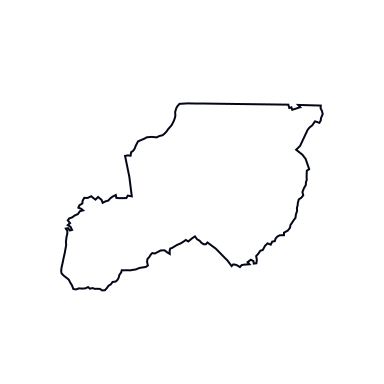 outline of Goioerê, Paraná, Brazil, rotated 342°
{"feature_id": "56859067B5093920016557", "entity_name": "Goioerê", "entity_type": "district", "adm_level": 2, "iso_a3": "BRA", "parent_name": "Brazil", "parent_adm1": "Paraná", "projection": "orthographic", "projection_center": [-53.086, -24.172], "detail": "fine", "context": "isolated", "style": "outline", "palette": "ink", "viewbox_px": 384, "rotation_deg": 342, "n_neighbors": 0, "source": "geoboundaries", "source_scale": "gbopen_adm2", "svg_char_len": 2792}
<svg xmlns="http://www.w3.org/2000/svg" viewBox="0 0 384 384"><g transform="rotate(342 192 192)"><path d="M48.2,240.4L49.0,243.7L49.2,247.6L51.5,248.8L54.7,248.7L57.9,250.0L60.9,250.7L63.8,250.3L65.0,252.4L67.6,252.6L69.7,254.1L71.7,254.7L74.5,255.7L76.1,257.8L78.8,258.5L81.3,257.1L83.6,255.4L86.3,254.7L88.7,253.0L91.8,253.6L94.2,252.4L95.8,250.8L97.4,248.3L99.8,246.6L101.0,244.7L103.2,245.5L106.3,246.4L108.9,247.4L111.8,247.8L114.6,248.3L118.2,248.0L121.4,248.4L124.8,249.0L127.3,248.3L127.7,244.4L129.0,241.9L131.5,240.5L133.3,238.9L135.3,237.8L137.7,239.0L141.4,238.4L144.2,237.9L147.9,239.0L149.8,241.8L151.7,244.0L152.5,241.1L153.8,239.1L156.0,239.0L158.1,238.5L161.4,237.7L165.2,237.4L169.2,236.4L171.3,235.7L173.2,237.9L177.4,236.2L181.1,235.1L182.2,238.5L184.2,240.7L185.1,242.9L186.8,245.2L189.0,246.0L191.1,244.8L197.1,253.2L200.2,259.4L203.1,265.3L204.4,267.7L206.8,274.7L208.9,273.6L211.7,275.1L214.4,278.2L216.6,276.9L219.2,277.2L224.3,278.5L223.2,275.9L227.1,274.6L229.1,276.8L228.6,279.2L231.2,279.7L232.7,276.6L233.2,272.8L236.1,271.1L238.8,269.0L241.4,269.0L244.9,265.7L248.0,264.2L250.6,266.4L252.9,264.0L255.6,264.3L257.2,262.0L259.5,260.7L262.2,260.3L266.1,261.5L266.9,259.1L271.2,258.3L274.1,256.3L275.4,253.9L278.1,251.8L280.3,250.0L282.4,248.6L283.9,245.4L286.1,242.5L286.9,239.5L288.2,237.6L289.4,234.9L291.3,232.0L294.3,231.2L296.8,229.5L297.0,226.2L299.5,223.1L302.4,220.5L303.4,217.9L305.0,215.7L305.6,213.2L306.6,210.4L307.8,207.2L310.5,206.5L310.3,195.7L308.5,190.6L304.1,184.0L309.0,181.6L321.2,168.6L323.8,166.9L326.9,165.8L330.8,162.8L334.5,165.6L336.5,163.8L337.6,161.5L340.4,158.3L340.6,155.2L340.2,152.0L341.2,149.6L319.9,142.0L321.2,144.8L316.1,144.8L312.7,144.8L312.7,142.2L310.5,142.2L310.6,138.7L260.5,121.7L231.1,111.7L220.5,108.2L215.4,106.4L207.3,104.3L204.5,106.0L202.9,107.5L200.7,110.7L199.7,114.4L198.5,116.4L196.9,118.5L193.6,121.9L190.9,123.6L188.8,124.8L186.9,126.3L184.7,127.6L181.7,128.9L177.9,128.7L175.3,129.1L172.9,128.1L170.9,127.2L168.5,126.6L165.8,126.0L163.7,126.5L160.3,126.8L156.3,127.2L152.9,130.5L150.5,133.4L148.6,134.7L146.5,135.3L144.8,138.5L142.1,137.3L139.5,137.0L137.1,158.1L133.4,177.5L129.8,175.6L127.7,177.5L123.5,176.2L120.4,175.2L118.2,174.2L118.6,171.3L114.8,171.9L112.1,172.9L109.7,174.3L106.3,174.2L103.7,174.7L103.6,171.6L101.1,167.7L97.9,169.4L96.1,167.0L94.9,164.9L91.0,165.4L87.7,164.3L85.2,166.6L84.2,169.0L80.7,169.9L79.1,171.8L81.5,173.8L82.7,175.8L79.5,175.6L76.6,177.8L73.6,178.0L70.1,179.1L67.0,179.2L65.1,180.6L66.4,183.9L63.6,185.1L65.7,187.5L66.2,191.0L64.0,190.9L63.0,188.1L60.7,187.8L61.4,190.4L60.5,193.2L58.8,195.9L56.7,200.4L56.0,203.4L52.4,210.2L49.2,215.6L47.7,218.3L44.5,223.7L43.1,226.8L42.8,229.1L43.9,231.5L47.7,237.2L48.2,240.4Z" fill="none" stroke="#020617" stroke-width="2"/></g></svg>